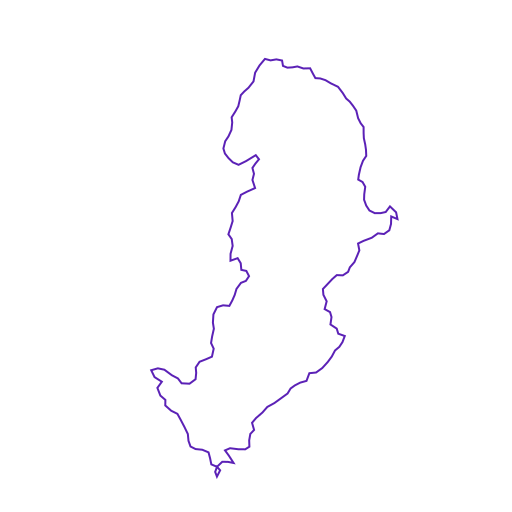 the district of José Raydan, Minas Gerais, Brazil, rotated 52°
{"feature_id": "56859067B76751419616025", "entity_name": "José Raydan", "entity_type": "district", "adm_level": 2, "iso_a3": "BRA", "parent_name": "Brazil", "parent_adm1": "Minas Gerais", "projection": "orthographic", "projection_center": [-42.476, -18.259], "detail": "fine", "context": "isolated", "style": "outline", "palette": "violet", "viewbox_px": 512, "rotation_deg": 52, "n_neighbors": 0, "source": "geoboundaries", "source_scale": "gbopen_adm2", "svg_char_len": 2537}
<svg xmlns="http://www.w3.org/2000/svg" viewBox="0 0 512 512"><g transform="rotate(52 256 256)"><path d="M398.1,416.5L397.4,409.3L400.9,404.9L405.3,401.1L396.6,400.3L390.1,400.1L391.5,394.8L397.4,388.9L401.7,383.5L402.2,378.6L397.1,374.9L392.7,370.0L391.9,364.6L385.0,361.8L383.7,355.6L383.3,347.3L381.9,340.0L383.2,332.1L383.5,324.3L383.8,315.8L381.7,310.3L381.9,305.0L383.0,299.1L385.5,293.1L381.2,286.1L384.8,280.4L385.1,272.8L383.7,264.7L381.9,258.2L379.1,251.9L378.9,246.3L377.1,240.9L373.7,235.3L367.9,239.0L362.9,237.1L355.8,239.5L350.6,234.1L345.8,232.2L340.1,234.6L335.2,228.2L328.1,226.8L323.2,223.6L322.1,216.3L321.1,209.8L320.8,204.1L324.7,199.5L325.2,193.2L322.7,189.0L321.4,182.2L318.0,176.0L315.2,171.1L309.0,167.9L310.3,161.9L312.9,153.5L313.2,146.0L317.5,141.6L317.8,135.1L313.9,129.9L308.1,125.1L314.0,121.8L307.8,118.7L299.4,119.9L301.2,126.7L298.9,131.5L295.4,136.0L290.0,138.6L284.1,138.1L278.2,136.2L274.0,132.7L268.7,127.3L263.3,126.5L258.7,128.4L255.3,124.9L250.4,118.9L246.8,113.0L245.0,107.5L240.1,104.0L235.4,101.3L229.6,98.5L225.5,95.6L220.6,91.8L215.9,91.8L210.3,90.7L203.2,87.5L197.5,87.1L192.0,87.1L187.4,88.0L181.0,87.3L173.2,87.2L166.1,90.7L160.2,93.0L155.6,96.1L152.4,99.7L147.4,98.9L141.4,97.8L137.4,103.2L132.1,106.7L129.8,111.1L126.9,115.3L122.8,117.7L118.0,115.1L113.6,118.9L110.8,124.1L106.2,127.6L108.0,135.9L111.0,143.8L116.9,150.5L118.8,158.4L119.1,163.8L119.9,169.0L123.5,173.3L127.1,177.8L129.4,183.3L131.7,189.8L136.1,192.5L141.5,197.7L144.8,204.1L146.6,209.6L151.2,215.5L156.1,217.4L161.9,217.4L167.9,216.6L173.4,213.6L175.1,205.4L176.4,194.1L181.6,194.1L182.8,199.5L184.4,204.6L190.0,207.0L193.9,212.0L201.9,214.9L199.8,223.4L198.5,230.3L202.3,236.0L204.9,241.9L207.3,248.5L214.1,252.9L218.0,258.5L221.9,264.4L227.7,264.7L233.7,268.2L238.6,274.7L244.0,279.0L246.4,271.8L252.3,272.5L257.9,276.1L261.8,272.8L267.6,273.9L269.4,279.3L267.9,284.4L269.9,291.6L273.6,296.8L276.4,302.0L278.9,307.7L274.6,312.3L272.3,318.2L275.8,325.5L282.0,331.0L287.4,334.0L292.3,340.0L296.9,345.0L303.0,346.4L308.2,352.7L306.6,358.9L304.6,365.6L306.7,372.1L311.3,375.1L315.9,379.5L315.7,387.0L310.5,393.0L304.4,392.9L298.2,395.7L289.2,398.2L284.1,402.5L281.5,408.9L289.0,410.5L297.1,407.6L299.2,414.9L307.1,417.3L313.6,416.0L317.9,419.5L325.7,418.1L332.0,415.1L338.7,416.2L346.4,417.6L354.3,419.3L360.1,423.0L365.8,424.9L370.9,422.5L375.6,417.6L381.5,414.3L387.1,416.7L392.7,419.5L398.1,416.5ZM398.1,416.5L401.0,421.1L405.8,422.6L402.8,416.2L398.1,416.5Z" fill="none" stroke="#5b21b6" stroke-width="2"/></g></svg>